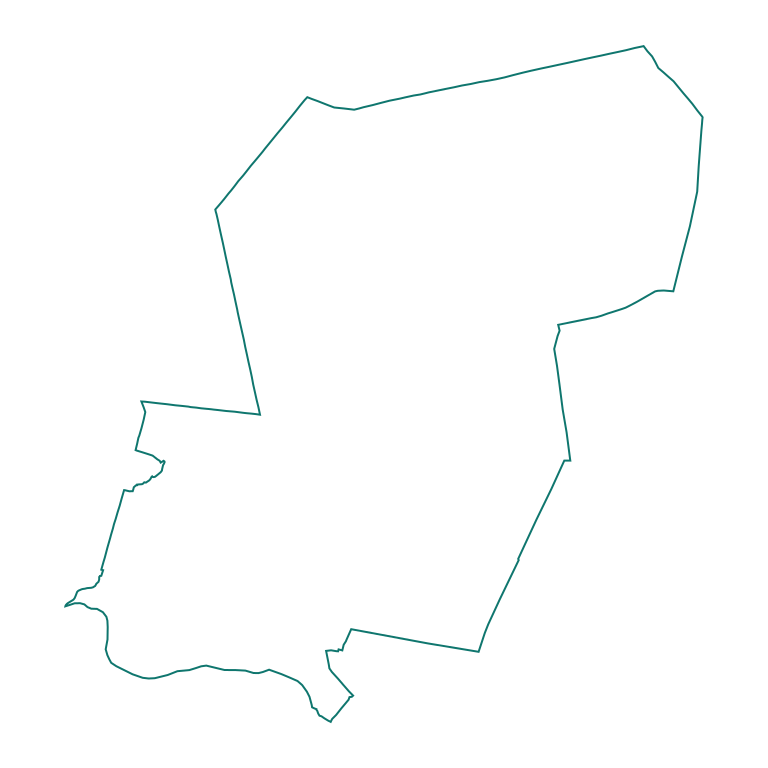 the district of Nadlac, Arad, Romania
{"feature_id": "2599482B59122351602486", "entity_name": "Nadlac", "entity_type": "district", "adm_level": 2, "iso_a3": "ROU", "parent_name": "Romania", "parent_adm1": "Arad", "projection": "equal_earth", "projection_center": [20.774, 46.211], "detail": "fine", "context": "isolated", "style": "outline", "palette": "teal", "viewbox_px": 768, "rotation_deg": 0, "n_neighbors": 0, "source": "geoboundaries", "source_scale": "gbopen_adm2", "svg_char_len": 4226}
<svg xmlns="http://www.w3.org/2000/svg" viewBox="0 0 768 768"><path d="M312.1,707.3L314.6,708.5L316.3,709.1L316.2,709.4L317.3,710.9L318.0,713.0L318.3,713.7L319.5,715.7L321.5,716.3L324.2,718.2L328.1,720.6L330.7,721.9L331.4,720.4L332.2,718.9L334.8,716.3L336.1,715.0L341.3,708.4L348.6,699.7L349.5,697.1L351.8,696.8L353.1,695.6L348.8,691.2L343.4,685.0L338.1,678.8L331.9,672.0L329.4,668.4L328.8,664.6L326.1,650.9L331.1,650.3L336.4,651.2L338.1,651.3L338.6,649.4L342.3,650.4L343.7,644.7L345.9,641.3L346.4,640.0L351.2,629.2L427.8,643.4L478.6,651.8L484.8,633.0L488.2,624.4L499.8,599.3L518.7,560.1L518.2,558.9L536.4,519.7L545.9,500.2L551.4,488.9L564.3,460.6L570.3,460.6L570.2,460.0L566.6,432.4L562.7,409.6L559.5,384.6L557.0,365.8L554.2,348.9L557.6,336.0L559.6,330.7L558.2,324.8L591.4,318.1L596.1,317.3L601.6,315.7L608.0,313.4L611.6,312.3L621.6,309.1L625.6,307.7L628.8,306.1L636.6,302.0L646.9,296.1L655.1,291.4L657.8,290.8L663.7,290.5L673.3,291.3L681.9,256.7L689.0,229.7L689.9,226.3L697.2,191.7L698.7,166.3L701.4,130.4L702.0,123.9L702.3,119.8L702.6,117.3L702.2,116.6L697.4,110.6L692.4,103.9L687.9,98.5L683.6,93.5L678.5,87.3L673.6,81.3L668.1,76.5L663.5,72.4L658.3,68.0L655.2,61.9L652.1,56.4L647.4,51.2L643.6,46.1L643.3,46.2L634.7,48.0L626.0,50.2L617.7,52.0L609.2,53.8L601.1,55.6L592.5,57.4L584.1,59.2L575.5,61.1L567.4,62.9L558.5,64.8L550.2,66.6L541.6,68.4L531.2,70.7L522.7,72.7L513.2,75.1L504.6,77.4L496.4,79.2L487.7,80.8L479.4,82.1L470.7,84.0L462.0,85.5L453.9,87.3L445.3,89.0L437.0,90.7L428.7,92.4L425.6,93.2L420.2,94.5L413.8,95.5L405.1,97.4L400.0,98.6L389.5,100.7L381.3,102.8L372.6,105.1L363.6,107.2L359.0,108.5L354.2,109.7L344.1,108.5L334.2,107.5L328.1,105.2L322.0,102.8L317.7,101.1L311.9,99.0L307.3,97.2L304.7,100.0L300.0,105.7L295.7,111.2L291.3,116.6L286.4,122.5L282.3,127.6L277.9,132.8L273.5,138.2L269.6,143.0L265.1,148.5L262.4,152.0L256.5,159.1L250.8,165.8L246.6,171.2L243.1,175.6L238.3,181.1L234.8,185.8L231.1,190.5L228.6,193.4L224.2,199.0L219.7,204.4L215.3,209.5L215.8,211.9L216.4,213.8L217.7,219.4L219.3,227.0L220.9,234.3L222.8,242.7L224.2,249.3L225.8,257.0L227.4,264.3L229.0,271.8L230.8,279.5L231.2,282.3L232.5,288.1L234.0,294.5L235.5,301.7L237.2,309.5L237.7,312.3L238.7,316.9L240.4,324.5L240.9,326.7L242.1,332.0L243.8,339.5L245.2,346.8L246.9,354.5L248.5,362.0L250.2,369.4L251.8,376.9L253.2,384.5L254.9,392.1L256.4,398.9L256.5,399.4L258.4,407.1L260.0,414.7L255.8,414.1L251.2,413.6L246.7,413.2L243.1,412.8L234.7,411.7L226.2,411.0L217.7,410.0L213.8,409.6L211.5,409.3L208.7,409.0L206.4,408.8L201.1,408.3L196.2,407.6L190.7,407.1L188.3,406.6L187.3,406.5L181.8,405.9L175.4,405.3L166.9,404.2L158.4,403.3L149.8,402.3L144.9,401.7L141.4,401.5L143.7,407.4L145.3,412.1L143.7,419.6L141.5,428.1L139.3,435.6L138.4,437.8L137.2,443.5L135.6,450.1L136.8,450.6L142.4,452.3L148.7,454.3L152.6,455.6L157.3,459.3L159.7,460.8L160.7,462.6L163.6,460.8L164.5,461.5L164.6,462.1L163.9,463.8L163.1,465.1L162.6,467.1L162.2,468.8L161.9,470.6L160.7,472.2L156.7,475.5L155.2,476.7L153.8,477.1L152.4,476.9L152.1,476.4L151.6,476.8L151.2,477.6L150.2,479.3L149.2,480.4L145.9,482.6L144.3,482.3L143.1,483.6L141.9,484.2L139.0,484.4L137.1,484.6L137.1,485.2L135.9,485.4L133.8,487.3L133.3,489.4L132.7,491.2L131.5,491.2L129.4,491.3L124.9,490.2L124.1,490.1L121.6,498.7L119.7,505.7L117.6,512.3L115.7,518.9L114.0,524.1L112.9,528.5L111.0,534.9L110.1,538.3L107.4,547.7L106.8,550.0L104.8,557.6L103.5,561.9L101.3,569.7L103.1,570.2L101.3,575.8L99.9,576.0L99.7,576.5L99.2,577.0L99.2,579.5L98.5,581.8L96.3,583.8L96.2,584.1L95.2,585.9L93.0,587.3L91.2,587.8L87.2,588.1L84.9,588.7L82.7,589.0L81.6,589.3L78.6,590.6L77.8,591.2L77.1,592.0L75.7,595.7L74.6,598.2L73.4,599.7L67.9,603.1L66.9,603.9L66.1,604.8L65.8,605.2L65.6,605.5L65.4,606.3L69.2,605.1L74.6,603.3L80.1,603.2L84.4,604.4L87.5,607.1L91.3,608.7L97.0,608.9L102.9,612.2L106.4,616.8L107.4,620.7L107.7,627.0L107.5,639.5L105.7,649.3L107.4,655.2L109.3,659.3L111.2,662.8L116.3,666.2L132.6,674.3L142.7,677.8L148.7,678.5L154.8,678.2L167.7,675.0L177.4,671.2L189.3,670.1L195.8,668.1L201.2,666.3L206.3,665.6L224.5,670.0L236.1,670.1L245.4,670.6L253.5,673.0L258.5,673.1L262.9,672.0L269.1,669.7L281.4,674.1L289.5,677.5L297.5,681.0L302.2,685.1L306.9,691.7L309.5,696.8L311.7,704.9L312.1,707.3Z" fill="none" stroke="#0f766e" stroke-width="2"/></svg>